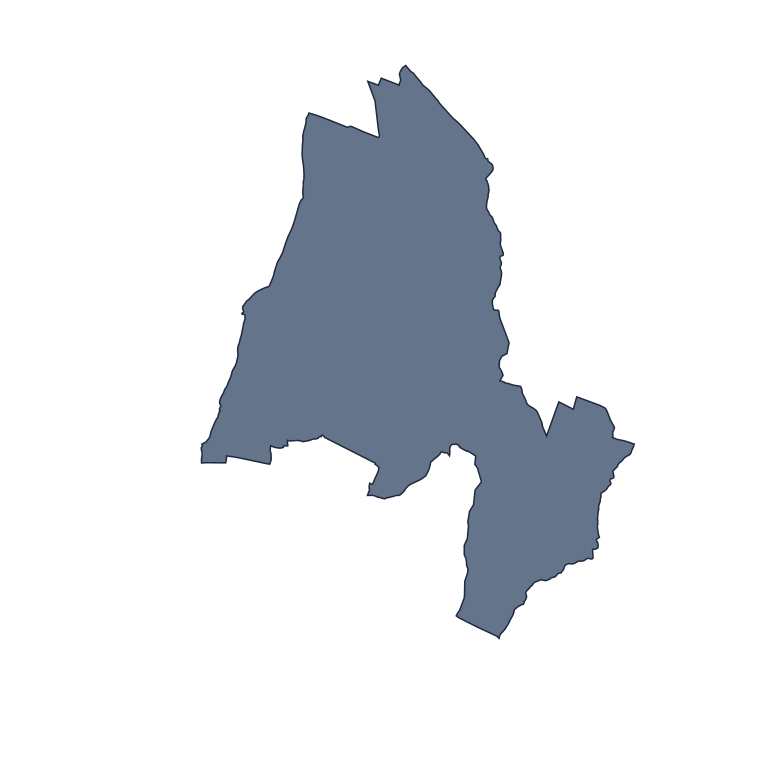 outline of Cuaxomulco, Tlaxcala, Mexico, rotated 64°
{"feature_id": "50627088B93382827511262", "entity_name": "Cuaxomulco", "entity_type": "district", "adm_level": 2, "iso_a3": "MEX", "parent_name": "Mexico", "parent_adm1": "Tlaxcala", "projection": "albers", "projection_center": [-98.088, 19.345], "detail": "fine", "context": "isolated", "style": "filled", "palette": "slate", "viewbox_px": 768, "rotation_deg": 64, "n_neighbors": 0, "source": "geoboundaries", "source_scale": "gbopen_adm2", "svg_char_len": 6170}
<svg xmlns="http://www.w3.org/2000/svg" viewBox="0 0 768 768"><g transform="rotate(64 384 384)"><path d="M616.2,257.6L613.6,257.3L606.1,255.0L604.3,253.8L603.7,253.2L602.0,252.7L600.5,251.7L598.5,251.1L591.9,247.0L591.4,246.3L587.5,244.4L584.4,241.2L582.3,240.0L580.5,238.5L578.1,237.2L577.3,237.0L576.9,232.8L576.1,230.1L574.3,227.1L573.7,224.4L572.9,223.7L571.8,223.4L570.0,223.5L569.3,222.9L568.8,221.8L569.0,219.0L568.9,218.5L567.9,217.9L566.5,217.5L563.5,216.8L562.4,216.0L560.4,210.1L559.4,209.6L557.9,206.6L557.7,204.8L556.2,201.3L555.4,198.8L555.3,194.7L554.9,193.1L551.1,189.1L550.5,188.0L547.7,185.4L542.1,191.1L539.3,194.3L535.7,199.1L532.0,202.1L531.3,201.2L530.5,200.7L528.2,200.0L524.6,196.2L524.0,195.9L522.5,195.9L516.1,196.3L506.3,195.5L504.2,195.5L502.3,196.0L498.0,199.2L480.0,216.4L489.7,224.9L476.7,234.7L501.9,260.6L491.3,260.1L488.1,259.0L476.0,258.5L474.3,258.9L471.6,260.2L467.2,263.1L465.2,264.0L462.9,264.0L459.7,263.6L458.8,263.8L456.2,263.6L453.9,263.8L452.3,263.5L449.4,262.5L447.0,262.2L445.8,262.5L441.5,268.5L438.3,271.8L436.8,273.6L436.0,275.0L435.0,275.1L434.3,275.7L431.9,278.4L428.4,273.2L424.2,272.7L419.3,273.1L413.5,269.8L410.7,265.7L410.6,260.2L401.8,253.5L375.9,251.0L373.0,250.3L368.8,248.8L367.6,249.2L366.4,251.8L364.5,252.8L360.0,251.6L356.8,250.2L355.2,248.5L354.0,245.8L350.7,243.8L347.1,238.9L345.6,236.3L343.1,234.6L339.3,231.8L336.0,229.7L333.1,228.9L331.0,228.8L329.6,228.2L328.1,226.3L327.0,225.5L325.8,225.2L323.0,225.0L321.6,224.7L320.7,224.1L320.3,223.6L320.2,222.9L320.6,221.3L320.5,220.6L320.2,220.2L319.6,219.9L318.4,219.4L310.8,218.6L309.2,218.2L305.4,215.7L302.1,214.4L300.7,213.5L298.8,213.1L296.3,214.0L293.1,214.0L291.1,213.6L287.0,214.4L283.5,213.7L281.2,213.7L278.4,214.7L274.5,214.6L272.5,215.0L269.6,214.3L264.9,211.3L261.7,208.6L259.3,207.2L255.9,204.6L251.3,203.1L246.5,202.4L244.9,202.9L243.5,201.6L242.6,199.1L240.6,194.4L239.1,192.0L237.0,191.0L235.4,190.6L233.8,190.7L229.3,192.8L227.2,192.1L225.8,193.8L225.3,194.0L221.1,193.8L210.5,194.6L203.1,196.1L186.7,201.1L180.0,203.4L175.4,205.4L169.5,207.2L155.8,211.1L153.4,211.2L149.5,212.4L141.3,214.3L139.9,214.7L132.5,218.0L128.0,218.8L120.7,220.7L117.9,221.1L115.4,222.6L114.1,223.2L107.2,224.9L108.1,229.3L110.7,232.9L112.2,234.3L118.4,235.8L120.7,238.5L122.1,239.3L107.9,252.4L113.0,258.0L104.9,265.9L125.7,268.0L153.1,277.6L158.8,279.2L159.7,280.0L159.9,280.7L159.7,281.4L148.2,292.0L138.3,300.3L137.6,301.2L137.4,303.7L137.1,304.5L118.0,321.9L112.4,327.4L107.5,332.7L108.9,334.0L111.3,337.6L112.7,338.4L114.6,339.3L120.0,343.8L121.0,344.8L125.2,348.1L126.4,348.8L128.4,349.5L133.2,352.4L142.0,357.1L145.4,358.4L151.8,360.4L160.2,363.8L165.0,366.3L166.9,367.9L171.1,369.9L172.9,371.3L178.2,373.9L180.8,374.6L181.3,375.2L182.0,376.4L182.4,377.9L185.3,381.4L199.6,394.3L200.9,395.8L203.6,398.4L209.6,405.8L214.6,411.0L221.4,417.5L225.7,423.1L226.3,424.4L228.4,426.9L235.2,433.5L237.3,435.0L239.3,436.9L245.4,443.8L245.8,444.7L245.3,449.2L245.1,456.0L245.7,460.4L248.6,468.0L249.0,469.3L249.0,470.7L251.5,475.1L252.1,476.6L254.3,478.1L257.2,478.3L257.9,478.9L258.1,480.5L258.5,480.9L259.0,480.9L260.1,479.3L260.9,479.0L262.1,479.1L264.7,480.5L268.2,483.8L270.1,485.1L278.3,491.4L280.0,493.1L283.1,495.5L286.0,498.6L289.1,500.6L294.0,502.5L296.1,504.0L299.9,507.1L302.4,509.6L305.0,513.6L306.3,515.1L310.4,518.6L315.3,524.4L316.5,525.4L317.4,526.6L319.1,529.6L321.0,531.5L322.7,533.7L324.6,536.6L327.5,539.3L328.9,540.0L332.7,540.5L333.8,542.4L334.7,543.1L335.6,543.3L336.3,543.0L337.2,544.6L338.3,545.8L339.4,546.7L340.2,547.0L341.6,548.7L341.9,549.7L345.5,554.2L351.4,560.8L353.3,562.1L355.2,563.9L355.8,564.6L358.1,569.5L358.2,574.1L358.7,574.0L360.1,574.6L361.0,576.0L362.8,576.9L366.7,577.8L371.7,581.1L375.0,582.6L377.0,577.9L385.5,560.8L381.7,558.1L379.6,557.1L384.8,549.3L404.1,524.5L406.0,521.8L402.6,518.6L397.4,516.2L393.6,515.3L389.8,513.0L392.9,510.2L395.6,506.4L396.3,505.0L396.9,502.2L395.7,501.6L396.0,500.0L397.1,498.7L397.4,497.5L394.6,496.6L392.3,495.5L393.8,493.9L396.7,486.7L398.6,483.8L400.3,482.1L401.6,477.6L402.2,474.6L402.4,471.8L403.5,469.5L403.9,467.1L403.2,465.8L403.1,464.3L403.8,463.5L402.9,462.6L403.1,461.9L403.5,461.3L405.5,460.7L406.0,460.8L451.5,426.4L452.2,427.2L454.4,425.9L457.1,425.3L459.1,426.8L461.3,429.0L466.3,435.2L467.7,436.5L468.9,438.3L468.2,439.4L466.9,440.3L469.0,441.9L470.5,442.8L473.2,443.6L474.2,444.9L476.9,447.7L479.3,442.7L482.0,439.8L482.9,439.5L484.3,437.2L485.0,436.8L485.7,436.0L487.5,433.8L487.6,430.9L488.5,428.3L488.5,426.9L489.0,425.6L489.6,421.4L490.6,419.8L490.7,417.5L489.8,415.0L489.4,413.4L487.1,409.5L486.0,406.1L485.8,404.2L485.9,392.7L484.9,386.8L481.4,382.0L477.2,378.0L474.8,376.5L473.3,371.2L472.7,368.0L471.5,364.4L470.1,362.6L470.3,361.8L471.7,360.5L472.6,359.3L473.6,357.6L475.0,357.0L477.2,356.6L474.9,355.1L471.1,353.4L469.0,351.6L468.5,350.5L468.2,348.9L469.2,347.1L469.2,346.2L469.9,345.3L471.2,344.2L472.2,343.8L473.5,343.8L475.3,343.0L480.9,338.9L480.7,338.3L482.7,336.9L489.0,333.1L496.0,337.6L500.2,336.8L514.7,339.3L519.2,348.5L531.8,356.5L535.9,362.9L544.6,369.1L548.4,370.2L559.4,376.8L564.2,382.6L572.6,386.7L577.4,386.9L583.8,389.4L586.9,389.6L590.5,391.7L596.9,398.0L608.1,403.7L611.4,405.6L620.6,415.3L622.5,418.7L624.0,420.7L626.8,419.3L642.6,407.3L660.3,393.0L663.1,392.2L660.9,390.3L659.3,387.8L659.0,386.5L657.5,382.9L653.7,376.9L651.8,374.6L648.4,369.7L646.3,367.5L644.0,365.8L642.8,361.1L642.7,357.5L643.0,355.3L642.4,354.3L640.8,353.0L639.6,350.8L637.6,349.0L636.1,348.6L634.4,348.6L633.3,347.7L632.2,345.8L631.6,343.9L630.1,340.3L629.9,338.9L628.5,336.8L628.3,335.2L628.7,328.9L630.3,326.6L631.4,325.4L631.9,323.0L632.0,320.3L631.5,318.6L632.3,314.9L631.6,312.6L631.1,311.9L630.6,310.3L631.4,307.8L630.2,305.6L629.6,304.1L628.8,303.2L626.7,301.5L626.1,298.7L626.4,296.8L627.9,294.4L628.6,292.8L628.7,290.0L628.4,286.6L629.4,284.9L630.3,282.7L630.4,280.5L630.0,279.4L630.0,277.9L630.6,276.1L631.6,275.3L632.2,274.4L632.4,273.5L632.4,272.8L631.6,272.2L624.2,269.1L624.1,268.4L624.9,267.1L625.2,265.9L625.1,263.9L624.7,263.2L621.9,261.8L619.9,261.4L618.6,261.8L616.8,261.2L616.2,257.6Z" fill="#64748b" stroke="#1e293b" stroke-width="1.5"/></g></svg>